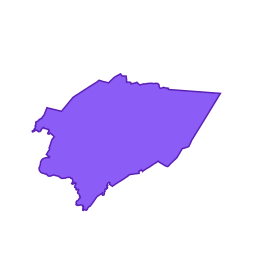 Kaunatas pag., Rezeknes, Latvia (Equal Earth projection), rotated 154°
{"feature_id": "27541924B36939981885438", "entity_name": "Kaunatas pag.", "entity_type": "district", "adm_level": 2, "iso_a3": "LVA", "parent_name": "Latvia", "parent_adm1": "Rezeknes", "projection": "equal_earth", "projection_center": [27.649, 56.307], "detail": "fine", "context": "isolated", "style": "filled", "palette": "violet", "viewbox_px": 256, "rotation_deg": 154, "n_neighbors": 0, "source": "geoboundaries", "source_scale": "gbopen_adm2", "svg_char_len": 5525}
<svg xmlns="http://www.w3.org/2000/svg" viewBox="0 0 256 256"><g transform="rotate(154 128 128)"><path d="M100.0,165.2L102.3,165.4L106.0,166.4L105.6,167.8L106.7,168.6L108.0,169.3L109.2,169.7L108.2,171.8L106.9,175.5L110.5,177.3L110.6,178.3L110.9,179.9L112.9,179.9L116.5,179.7L118.3,179.5L122.4,178.2L123.8,177.8L125.2,177.0L125.8,177.3L130.3,180.9L130.8,181.5L133.1,183.6L134.4,183.3L135.4,183.0L139.8,182.5L145.1,182.0L146.3,181.8L153.2,181.0L156.3,180.6L157.5,180.3L158.6,180.3L160.3,180.2L164.1,179.6L165.0,179.2L165.6,178.9L172.0,176.0L180.4,172.2L181.2,172.8L181.5,173.1L183.5,174.7L189.0,179.3L191.3,181.1L191.9,181.8L196.6,177.5L197.0,177.2L197.9,176.3L198.2,176.1L199.9,175.6L200.4,175.0L200.6,175.0L200.8,174.8L201.1,174.7L201.3,174.5L201.6,174.7L201.8,174.7L202.0,174.5L202.4,174.7L203.5,174.5L204.0,174.6L204.5,174.4L204.6,174.2L204.8,174.1L205.2,174.1L206.3,173.6L206.8,173.6L207.0,173.8L208.3,173.7L208.5,173.5L208.9,172.2L209.3,171.5L210.3,170.9L210.3,170.5L210.6,170.2L210.4,170.0L210.5,169.8L210.4,169.7L210.5,169.5L210.8,169.4L211.0,169.2L211.2,168.9L211.4,168.8L211.5,168.7L211.8,168.5L211.9,168.3L212.4,168.4L212.8,167.9L213.1,167.7L213.7,167.3L215.9,167.2L215.7,167.1L215.7,166.9L215.5,166.7L215.4,166.5L215.4,166.3L213.2,166.2L212.4,166.5L211.1,166.2L210.8,165.6L210.8,165.4L210.6,165.1L210.1,164.9L210.1,164.5L210.2,164.0L210.1,163.9L209.8,163.8L209.5,163.9L208.8,163.4L207.9,163.6L206.6,164.4L206.7,164.7L204.0,165.7L203.5,165.4L203.5,165.0L203.6,164.6L203.6,164.4L203.1,164.3L203.0,164.1L202.9,164.1L202.7,163.7L201.6,163.0L201.3,162.7L201.2,162.1L200.6,161.9L200.6,162.0L200.1,161.7L199.8,160.9L200.7,160.0L200.4,159.8L201.3,159.1L201.9,159.0L202.6,158.1L202.2,157.9L201.9,157.2L200.6,157.2L200.1,157.5L198.7,154.3L198.2,152.9L198.1,152.5L201.3,151.0L201.7,150.6L202.0,150.3L203.5,148.9L204.3,147.9L207.6,144.7L207.9,143.1L210.7,141.5L213.0,139.9L212.8,139.7L212.5,139.5L212.3,139.3L212.3,139.1L212.5,138.5L212.5,138.4L212.2,138.0L211.9,137.8L211.6,137.3L211.3,137.1L211.3,136.8L211.1,136.4L211.7,135.9L213.4,136.8L215.7,137.5L217.0,137.6L218.9,137.5L220.5,136.5L221.3,135.9L221.9,135.1L222.9,133.5L224.2,132.1L225.4,131.2L226.1,129.3L226.2,128.8L226.2,128.5L225.9,127.0L225.7,126.2L225.4,125.8L225.1,125.4L221.9,122.4L221.4,122.4L221.5,122.0L220.7,119.8L219.3,118.9L215.3,118.3L215.1,118.2L213.9,116.9L212.1,115.5L211.6,115.2L210.9,113.4L210.6,113.1L209.8,111.8L208.3,111.1L207.0,110.8L206.3,110.4L204.2,110.2L202.2,109.3L201.6,108.9L201.5,107.9L200.5,107.3L200.6,105.7L200.5,104.8L200.7,104.6L200.8,104.2L201.3,104.1L201.7,103.7L201.8,103.5L201.9,103.3L202.2,103.1L202.9,102.9L203.0,102.9L203.1,102.7L202.9,102.4L202.3,101.7L202.1,101.6L201.7,101.7L201.3,102.0L201.0,102.2L200.4,102.2L200.0,102.4L199.7,102.3L199.3,101.7L199.9,101.8L200.2,101.6L200.1,101.3L199.7,100.7L200.0,100.4L200.0,100.2L199.9,100.1L201.5,99.0L201.7,98.7L201.9,98.3L201.9,97.9L201.0,96.9L200.9,96.6L200.9,96.4L201.0,96.2L201.6,95.8L201.7,95.4L201.7,95.1L201.4,95.0L199.7,94.6L199.4,94.4L199.4,94.2L199.6,93.9L201.0,92.8L201.5,92.4L201.6,92.2L201.6,91.6L201.7,91.3L201.7,91.1L201.4,90.9L201.2,90.7L201.1,89.8L201.1,89.6L201.1,88.0L201.6,87.6L201.2,87.0L201.5,86.2L202.6,86.1L203.6,85.4L204.7,84.9L204.9,84.8L206.2,84.8L206.5,84.6L206.4,84.4L206.5,84.3L207.0,84.0L207.2,83.5L207.5,83.4L207.4,82.5L207.4,82.4L207.7,82.0L207.9,82.0L208.2,82.1L208.3,82.0L208.2,81.8L208.2,81.6L208.0,81.4L207.8,81.1L207.7,80.8L206.5,80.2L205.9,80.2L205.3,79.7L204.9,79.6L204.4,79.7L204.1,79.7L203.7,79.4L203.2,78.9L202.7,78.5L202.7,78.3L202.3,77.4L202.4,77.2L202.5,77.2L202.4,77.1L203.5,76.5L203.3,76.5L203.3,76.4L203.1,76.4L203.1,76.5L203.0,76.4L203.1,76.2L203.1,75.9L202.9,75.9L203.1,75.8L203.0,75.7L202.9,75.6L203.1,75.4L203.4,75.1L204.1,75.0L204.4,75.0L204.8,74.9L204.6,74.9L204.5,74.6L204.3,74.6L204.5,74.4L204.3,74.2L204.5,74.0L204.2,73.8L204.2,73.6L203.9,73.7L203.6,73.6L203.4,73.7L202.4,73.5L201.8,72.5L201.2,72.4L201.1,72.6L200.9,72.7L200.4,72.7L200.3,72.8L200.3,73.0L199.8,73.1L199.7,73.3L199.3,73.7L198.9,73.8L198.7,74.0L197.3,74.6L197.1,74.3L196.4,74.3L196.1,74.4L193.2,75.9L192.0,76.5L190.3,77.5L186.0,79.9L179.7,80.8L180.5,79.3L180.2,78.6L179.8,78.5L179.7,78.6L179.4,78.5L179.0,78.4L178.0,79.3L177.9,79.9L177.6,80.6L177.1,80.7L176.9,81.2L176.2,81.3L176.1,82.0L175.9,82.8L175.4,83.1L173.9,83.1L174.0,82.6L173.3,82.8L173.0,82.9L172.5,83.5L172.9,84.3L171.6,85.1L172.2,85.6L170.5,87.1L169.0,87.6L168.7,87.4L168.3,86.8L168.6,86.3L169.3,85.4L168.8,85.2L168.5,83.9L167.5,82.8L168.3,82.4L163.6,83.1L159.1,83.6L157.6,83.7L153.4,84.2L152.5,84.4L149.2,84.8L149.2,85.0L148.9,85.2L148.3,85.3L147.4,85.2L147.1,85.4L142.5,84.0L137.9,82.4L137.7,83.1L137.2,83.7L137.1,84.4L136.1,84.2L134.5,84.6L134.5,84.1L134.0,83.6L134.0,82.5L132.7,82.9L127.9,83.5L127.1,83.4L124.8,83.7L122.2,84.1L120.2,84.4L118.4,84.5L115.4,85.0L114.9,83.5L114.5,83.0L112.2,79.5L111.7,78.5L111.2,78.0L110.6,77.1L109.2,75.9L108.1,76.1L106.9,76.7L105.6,77.2L103.8,77.8L97.9,79.6L97.0,80.0L96.7,80.1L94.7,81.5L92.9,82.6L90.4,84.3L88.3,85.7L86.0,85.2L81.5,84.7L78.3,87.2L76.4,88.9L52.7,103.9L29.8,118.6L74.3,144.6L74.6,145.1L74.5,145.5L74.4,145.7L74.7,145.7L74.9,145.8L74.7,146.1L74.8,146.4L75.5,146.6L75.5,146.9L75.7,147.0L76.2,147.2L76.7,147.5L77.4,148.2L77.8,148.6L78.2,148.9L78.9,149.1L79.6,149.1L80.5,149.1L81.7,149.6L81.9,151.0L81.9,151.5L81.2,153.1L81.7,154.9L82.1,155.2L83.5,156.0L85.7,156.8L87.0,157.8L89.7,159.0L93.5,160.2L94.3,160.5L94.8,160.9L95.5,161.0L95.8,161.1L97.4,161.2L98.5,161.6L99.0,162.4L100.0,165.2Z" fill="#8b5cf6" stroke="#5b21b6" stroke-width="1.5"/></g></svg>